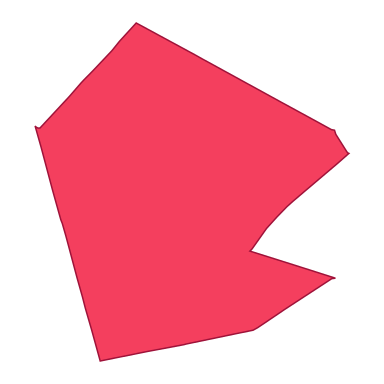 outline of Quan 10, Hồ Chí Minh city, Vietnam
{"feature_id": "81297802B93335721036450", "entity_name": "Quan 10", "entity_type": "district", "adm_level": 2, "iso_a3": "VNM", "parent_name": "Vietnam", "parent_adm1": "Hồ Chí Minh city", "projection": "orthographic", "projection_center": [106.669, 10.773], "detail": "fine", "context": "isolated", "style": "filled", "palette": "rose", "viewbox_px": 384, "rotation_deg": 0, "n_neighbors": 0, "source": "geoboundaries", "source_scale": "gbopen_adm2", "svg_char_len": 785}
<svg xmlns="http://www.w3.org/2000/svg" viewBox="0 0 384 384"><path d="M335.4,278.2L300.0,266.9L249.9,251.1L252.0,249.0L266.5,228.5L277.0,216.9L287.0,206.6L292.8,201.4L304.3,191.6L337.9,163.1L348.9,153.4L347.8,152.9L346.8,151.7L335.8,134.3L334.5,130.2L331.4,129.6L299.2,112.0L281.2,102.2L223.6,70.6L202.4,59.0L196.2,55.5L157.8,34.7L136.2,23.0L119.4,41.4L111.9,50.7L92.6,71.1L84.2,79.6L81.1,82.9L69.3,96.5L40.0,128.0L38.3,128.1L37.4,127.8L36.7,127.4L35.8,126.8L35.1,126.0L41.1,147.2L52.7,190.7L60.8,219.7L62.3,223.5L65.8,235.7L69.0,247.6L77.1,278.0L82.5,297.1L85.2,307.7L91.6,329.8L100.2,361.0L114.4,358.1L147.3,351.5L184.2,344.6L185.8,344.1L235.4,333.8L253.1,330.2L257.6,327.7L273.8,316.8L284.4,309.6L331.7,278.7L335.4,278.2Z" fill="#f43f5e" stroke="#9f1239" stroke-width="1.5"/></svg>